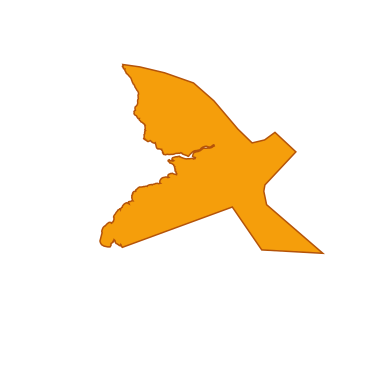 Imeong, Palau, rotated 313°
{"feature_id": "81905179B35739525053108", "entity_name": "Imeong", "entity_type": "district", "adm_level": 2, "iso_a3": "PLW", "parent_name": "Palau", "parent_adm1": "", "projection": "orthographic", "projection_center": [134.514, 7.531], "detail": "fine", "context": "isolated", "style": "filled", "palette": "amber", "viewbox_px": 384, "rotation_deg": 313, "n_neighbors": 0, "source": "geoboundaries", "source_scale": "gbopen_adm2", "svg_char_len": 5756}
<svg xmlns="http://www.w3.org/2000/svg" viewBox="0 0 384 384"><g transform="rotate(313 192 192)"><path d="M197.2,282.5L236.4,329.5L233.6,255.2L241.5,244.0L246.9,240.5L292.2,240.6L292.2,212.0L279.6,209.6L268.9,202.5L269.3,182.7L273.6,145.8L272.8,118.8L260.5,90.7L247.9,68.5L238.1,54.5L237.8,55.2L237.6,55.4L237.0,55.3L236.6,55.3L236.3,55.6L236.5,56.1L236.3,56.4L236.3,56.8L236.0,56.8L235.9,57.1L235.5,57.8L235.6,58.4L235.7,58.8L236.2,59.1L235.5,59.6L235.0,60.3L234.8,61.3L234.5,62.1L234.1,62.5L234.2,63.4L234.0,63.8L234.1,64.5L234.1,65.5L233.9,66.3L233.9,67.0L233.8,67.9L233.7,69.3L233.2,70.6L232.7,71.4L232.3,72.3L231.7,73.4L231.4,74.3L231.2,74.8L230.9,75.4L231.1,76.0L230.8,76.7L230.5,77.5L230.4,78.0L229.9,78.6L229.7,79.5L229.3,81.0L229.1,81.5L228.9,82.1L228.8,83.0L228.7,83.8L228.0,85.2L227.1,86.2L226.7,86.1L226.1,86.5L225.5,86.9L225.2,87.5L224.5,88.0L224.2,88.6L223.6,89.2L223.0,89.2L222.2,89.6L221.6,90.0L221.0,90.6L220.2,91.5L219.8,91.8L218.8,92.3L218.2,92.5L217.6,92.5L216.6,92.6L215.9,92.5L215.2,92.5L214.6,93.1L214.0,93.5L213.6,94.1L213.1,94.9L212.2,94.6L211.4,94.6L210.8,95.3L210.4,95.9L209.9,96.0L209.5,96.7L209.4,97.6L209.5,98.4L209.9,99.4L209.6,100.0L209.3,100.9L209.1,101.7L209.0,102.5L209.8,103.4L209.1,103.6L208.7,104.6L208.8,105.6L208.5,106.8L209.0,108.3L209.1,108.8L208.9,109.2L208.9,110.0L209.2,110.8L208.9,111.3L208.9,113.0L208.6,112.0L207.9,112.9L207.4,113.6L206.8,114.1L206.5,114.6L205.5,114.9L205.3,116.1L204.3,115.9L204.1,116.4L203.0,116.9L202.9,117.3L202.3,117.8L201.6,117.7L201.1,117.9L200.7,118.5L200.1,119.1L199.3,119.7L198.8,120.1L198.2,120.1L198.0,120.8L198.1,121.6L198.6,121.6L198.4,122.2L198.4,123.1L198.9,123.5L198.6,124.1L198.6,124.9L198.9,125.4L199.4,125.8L200.6,126.2L201.1,126.3L201.2,126.8L201.2,127.2L201.1,127.8L201.1,128.4L201.3,129.1L201.4,129.9L201.7,130.5L202.1,131.2L202.6,131.3L203.0,131.5L202.6,131.8L202.5,132.4L202.1,132.8L201.4,134.1L200.6,135.1L200.1,136.4L200.1,137.1L200.2,137.6L200.7,137.9L200.8,138.4L201.5,139.0L201.7,139.5L201.9,139.9L202.5,140.7L201.9,141.1L202.0,141.8L201.8,142.3L201.4,143.1L200.9,143.4L200.6,143.8L201.0,144.1L200.4,145.0L200.1,145.5L200.8,146.3L200.8,146.8L201.3,147.4L201.9,147.6L202.9,148.4L203.5,149.4L204.3,150.2L205.7,151.5L206.3,152.2L207.6,153.1L208.4,153.4L209.5,154.1L210.1,154.8L211.2,155.7L211.7,156.4L212.2,156.8L212.7,156.8L213.1,156.9L213.2,157.5L213.5,157.8L213.5,158.5L213.3,158.6L213.4,159.4L214.0,160.9L214.8,162.7L215.3,163.9L215.4,164.9L216.2,165.1L217.3,164.9L218.7,164.9L220.3,165.0L221.9,165.1L224.0,165.8L224.5,166.2L225.6,167.2L226.7,167.9L227.8,168.7L228.5,169.0L230.4,168.9L231.9,169.2L233.2,169.8L234.3,170.4L235.3,171.3L235.9,172.6L236.5,173.8L237.0,174.4L238.1,175.0L239.6,175.2L241.1,175.5L241.4,175.8L240.9,176.9L239.3,176.3L238.6,176.3L237.8,176.0L237.0,175.5L236.2,175.0L235.4,174.2L234.3,173.1L233.2,172.1L232.8,171.5L231.9,170.8L231.3,170.3L229.9,170.2L229.1,170.0L228.0,169.9L227.1,169.4L226.1,169.1L225.3,168.5L224.3,167.7L223.1,167.1L222.3,166.6L221.8,166.7L220.5,166.9L219.8,167.4L219.1,167.7L218.4,168.1L218.4,168.9L218.9,169.8L219.3,170.5L219.5,171.0L219.0,171.2L218.6,171.5L217.9,171.0L217.2,170.7L217.2,170.0L216.6,169.4L216.4,168.9L215.8,168.4L215.0,167.8L214.2,167.1L213.9,166.7L213.1,165.9L212.4,165.4L212.2,165.0L211.7,164.3L211.2,163.4L210.8,162.5L210.0,160.6L209.7,159.6L209.6,158.7L209.3,158.7L209.3,158.2L209.0,158.1L208.5,157.5L207.7,157.3L207.2,156.6L206.4,155.9L205.5,155.4L204.3,154.7L203.9,154.5L203.4,154.5L202.7,154.7L202.3,155.1L202.4,156.4L202.5,157.3L202.1,157.1L201.6,157.0L201.7,156.5L201.1,156.1L201.0,155.4L200.3,155.3L200.0,154.2L200.2,153.6L199.4,153.3L199.3,153.0L198.9,153.0L198.4,153.3L198.3,154.5L198.4,155.6L198.1,156.0L198.7,157.0L199.2,158.5L199.2,159.3L199.4,160.0L198.8,160.8L198.8,161.4L198.8,162.2L197.9,162.6L197.4,163.7L197.4,164.3L196.7,164.3L195.8,165.5L196.1,165.9L195.8,166.7L195.3,167.0L195.1,168.3L194.1,168.9L193.7,168.0L192.9,166.7L192.6,166.1L192.3,164.8L191.3,164.2L190.8,163.6L189.9,163.4L189.4,163.0L188.0,162.9L187.3,163.5L186.8,163.8L186.9,165.1L186.0,164.5L185.5,163.0L184.8,162.3L184.0,161.9L183.4,161.4L182.7,160.9L181.6,160.5L180.6,160.4L179.8,160.5L178.5,160.8L177.7,161.4L177.3,161.5L176.8,162.4L176.9,163.0L175.3,161.9L174.8,160.8L173.3,159.5L172.2,159.2L171.2,158.3L170.0,158.0L169.9,157.3L168.5,156.2L167.7,155.7L166.4,155.2L165.6,155.4L165.5,154.9L165.1,154.7L164.2,153.8L163.4,153.5L163.1,152.9L162.7,152.8L160.9,151.4L160.0,150.3L159.4,150.2L158.8,149.8L157.8,149.8L156.5,149.7L155.1,149.5L154.4,149.9L154.4,150.3L154.0,150.4L153.0,149.3L152.1,149.1L151.2,149.2L150.5,149.4L150.5,149.9L149.8,150.0L149.2,150.4L148.8,150.2L148.0,150.6L147.5,151.5L146.9,151.7L146.5,152.2L146.2,152.8L145.9,153.2L145.5,153.9L145.3,154.8L144.7,154.0L144.0,153.8L143.2,153.5L142.4,152.7L141.7,152.3L141.0,152.4L140.7,152.8L140.7,153.7L140.4,154.2L140.3,153.7L140.0,152.6L139.6,151.6L138.5,151.0L136.8,150.6L135.8,150.6L134.1,150.8L133.3,151.4L132.5,151.1L131.1,151.2L130.5,151.6L130.8,150.9L130.5,150.6L129.9,150.7L128.0,150.1L127.6,150.4L126.6,150.4L125.2,150.5L123.5,150.9L121.8,151.0L120.2,151.7L120.0,152.6L119.3,153.0L118.7,153.7L117.3,154.2L116.7,154.7L116.3,154.5L115.6,154.3L114.9,154.3L114.4,154.6L114.1,154.4L114.4,153.7L114.0,152.8L113.3,152.1L111.1,151.6L107.7,151.6L107.5,151.3L105.8,151.2L104.7,151.4L102.5,152.3L101.3,153.2L101.0,154.0L98.9,155.1L93.4,158.1L92.4,159.7L91.8,161.8L92.4,164.5L94.3,167.7L95.9,169.5L97.6,169.2L99.2,167.9L100.8,168.4L101.9,167.9L102.1,168.5L103.6,167.6L104.0,167.4L104.0,168.5L103.8,169.1L103.5,169.5L102.8,170.6L102.6,171.6L103.0,172.6L103.0,173.4L103.4,174.3L103.2,175.1L103.8,176.3L105.0,175.7L104.9,176.3L104.3,177.1L104.3,177.8L104.0,178.2L104.0,178.8L208.5,231.7L197.2,282.5Z" fill="#f59e0b" stroke="#b45309" stroke-width="1.5"/></g></svg>